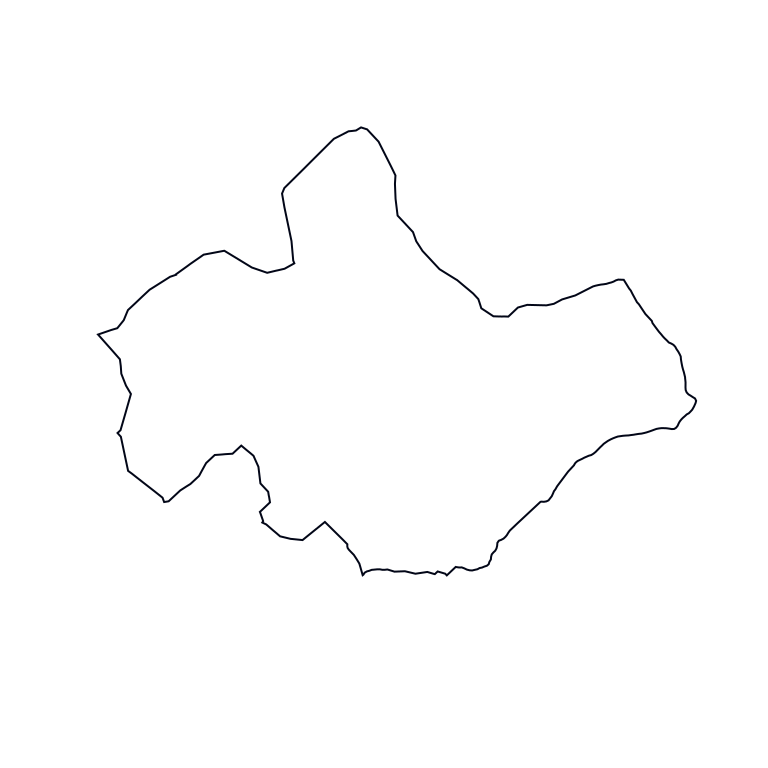 Ar Radmah, Ibb, Yemen (Natural Earth projection), rotated 317°
{"feature_id": "15242507B58608751958716", "entity_name": "Ar Radmah", "entity_type": "district", "adm_level": 2, "iso_a3": "YEM", "parent_name": "Yemen", "parent_adm1": "Ibb", "projection": "natural_earth1", "projection_center": [44.57, 14.211], "detail": "fine", "context": "isolated", "style": "outline", "palette": "ink", "viewbox_px": 768, "rotation_deg": 317, "n_neighbors": 0, "source": "geoboundaries", "source_scale": "gbopen_adm2", "svg_char_len": 4654}
<svg xmlns="http://www.w3.org/2000/svg" viewBox="0 0 768 768"><g transform="rotate(317 384 384)"><path d="M137.6,273.0L138.5,277.7L139.3,282.9L140.5,290.6L141.2,294.9L142.9,305.5L144.5,316.1L142.7,320.4L146.5,322.9L162.4,322.9L169.7,324.2L174.2,325.1L182.9,325.1L184.6,325.1L186.1,325.1L190.5,323.6L198.1,321.1L198.5,321.0L200.0,320.5L207.4,320.5L211.8,320.5L212.3,320.9L216.0,323.9L217.0,324.7L220.1,327.1L225.7,331.7L226.8,331.7L235.1,331.7L237.6,331.7L238.4,338.2L238.6,339.7L239.1,343.3L239.6,347.5L238.0,352.1L236.0,358.0L235.7,358.9L234.6,360.4L225.9,372.3L225.8,372.5L225.8,382.9L225.8,383.8L223.8,386.8L222.9,388.3L219.9,392.8L208.1,392.9L206.8,392.9L206.0,392.9L205.9,393.3L202.1,401.9L200.5,402.3L202.1,406.4L203.1,415.7L203.7,420.6L203.8,421.8L203.9,422.3L204.1,424.5L210.1,433.6L211.1,434.7L218.0,442.6L224.1,443.0L246.7,444.6L247.1,454.5L247.5,464.2L247.7,469.0L247.9,476.2L246.5,477.6L245.6,479.1L245.3,481.1L245.3,483.5L245.4,488.4L244.5,493.6L243.5,498.5L242.0,501.5L238.0,509.3L238.8,509.4L241.2,508.8L243.7,509.4L245.9,510.6L248.2,511.5L250.4,513.2L252.5,514.8L254.5,516.6L256.1,518.8L258.1,520.6L259.9,521.9L260.3,522.5L263.7,528.4L271.6,535.2L272.6,536.7L277.6,544.2L287.5,551.0L291.2,557.3L291.5,557.7L293.7,557.7L295.4,557.7L299.4,564.5L299.4,566.8L311.7,566.7L312.1,567.3L313.7,569.3L315.8,571.2L317.0,573.6L318.0,576.2L319.6,578.7L321.3,580.5L323.8,581.9L326.0,583.2L328.4,583.8L330.5,585.1L333.0,586.0L335.3,587.1L337.7,587.2L339.7,586.0L340.0,585.9L342.5,585.2L343.5,584.3L344.5,583.4L346.6,582.1L349.1,581.8L351.6,581.8L354.1,581.0L356.4,579.5L358.6,577.5L360.8,577.0L361.3,577.0L363.6,578.0L363.8,578.0L364.5,578.2L366.0,578.6L368.5,578.6L369.5,578.5L370.9,578.3L373.3,577.6L375.6,577.1L376.4,577.0L386.7,576.9L394.4,576.9L395.6,576.9L399.3,576.9L403.3,576.9L407.9,576.9L414.2,576.9L416.2,576.9L418.0,576.9L418.8,577.3L420.6,579.2L422.7,580.6L423.1,580.7L423.6,580.9L425.0,581.3L427.5,580.9L430.1,580.5L432.8,579.4L435.2,578.3L437.6,577.9L440.1,577.1L441.2,576.8L457.9,573.8L459.2,573.6L467.6,573.0L468.2,572.7L470.4,572.2L472.9,572.3L475.2,573.0L478.0,573.9L480.3,574.5L482.5,575.3L484.8,576.1L487.1,577.3L489.6,577.8L492.4,578.0L494.6,577.9L496.9,577.8L499.1,577.7L501.4,577.7L503.9,577.6L506.1,577.9L508.9,578.3L512.0,579.1L514.4,579.9L516.7,580.8L519.2,581.9L521.5,583.5L523.4,584.8L525.8,586.7L527.8,588.4L529.7,589.7L531.9,591.3L533.9,592.6L536.4,594.3L538.5,595.9L540.7,597.2L542.9,598.4L545.7,599.7L548.0,600.7L550.4,601.7L552.7,602.7L554.9,604.1L556.8,605.5L558.6,607.2L560.4,609.0L562.2,611.2L563.7,613.2L565.6,614.8L567.8,615.2L570.3,614.8L572.6,613.8L574.7,613.1L577.3,612.7L579.5,612.6L582.3,612.7L584.7,612.7L587.0,613.3L589.4,613.2L591.9,613.0L594.1,612.3L595.4,611.9L596.3,611.5L598.7,610.5L600.8,609.2L601.6,606.7L600.9,604.2L600.3,601.7L599.6,599.3L599.6,596.6L600.5,594.2L602.1,592.2L604.0,590.2L605.7,588.4L607.3,586.3L608.1,585.2L608.8,584.4L610.1,582.1L611.4,579.8L612.6,577.3L614.0,574.7L615.8,571.8L617.9,568.6L619.8,566.2L620.6,563.7L621.3,560.9L621.7,558.1L622.4,555.4L622.4,552.8L621.7,550.4L620.6,547.9L620.6,545.3L620.4,542.0L620.4,539.5L620.6,536.7L620.7,533.3L621.3,527.7L621.9,522.6L622.9,520.5L622.9,511.1L624.0,504.3L624.8,499.5L624.8,496.7L627.1,487.8L628.2,484.0L628.4,481.3L630.0,473.4L630.4,471.3L626.5,467.4L624.2,466.3L621.8,465.7L619.6,464.8L617.4,463.6L614.9,462.4L613.9,461.7L612.7,460.9L610.4,459.2L608.0,457.7L605.6,456.3L603.4,455.2L584.3,449.7L571.9,443.6L562.9,441.2L556.5,437.3L552.1,433.0L542.7,423.8L534.1,419.4L520.9,419.5L517.7,416.3L516.4,415.2L513.0,411.9L510.2,409.1L506.8,395.0L509.6,389.1L510.0,388.2L510.9,386.2L510.9,378.6L510.1,371.9L509.7,368.9L508.3,357.6L508.2,357.5L504.4,343.5L502.9,337.9L502.9,313.0L503.9,307.5L504.9,301.7L505.8,299.6L508.8,292.7L508.8,270.1L518.7,256.5L528.5,245.1L534.6,239.3L536.4,233.5L537.9,228.5L545.3,203.1L545.3,186.4L545.3,186.2L544.7,185.2L542.2,180.7L536.4,179.5L533.4,177.3L530.4,175.0L519.7,172.0L514.6,170.5L514.4,170.5L498.6,171.0L483.5,171.5L472.4,171.9L468.8,172.0L444.8,172.7L439.3,175.2L431.6,187.0L413.8,216.4L401.8,231.8L400.7,234.6L389.9,231.9L383.8,228.4L382.5,227.6L374.4,223.0L366.8,208.7L358.1,177.7L357.7,177.4L346.6,170.4L340.3,166.4L327.8,164.6L324.4,164.1L320.8,163.7L306.6,161.9L306.4,162.3L302.0,160.3L300.7,159.7L296.4,158.9L282.1,156.2L276.9,155.2L273.6,155.2L267.0,155.2L257.1,155.3L247.2,155.3L244.7,156.4L237.3,159.8L236.2,160.0L227.0,161.3L221.4,158.5L208.6,152.8L208.1,173.1L207.7,185.8L207.5,186.1L203.7,191.4L198.9,197.3L194.2,209.2L192.1,218.7L180.0,226.0L175.2,228.9L159.8,238.1L157.5,238.1L155.7,238.1L155.6,241.4L155.6,243.1L137.6,273.0Z" fill="none" stroke="#020617" stroke-width="2"/></g></svg>